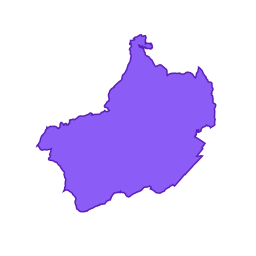 Bodoc, Covasna, Romania (Mercator projection), rotated 286°
{"feature_id": "2599482B10512922850096", "entity_name": "Bodoc", "entity_type": "district", "adm_level": 2, "iso_a3": "ROU", "parent_name": "Romania", "parent_adm1": "Covasna", "projection": "mercator", "projection_center": [25.837, 45.981], "detail": "fine", "context": "isolated", "style": "filled", "palette": "violet", "viewbox_px": 256, "rotation_deg": 286, "n_neighbors": 0, "source": "geoboundaries", "source_scale": "gbopen_adm2", "svg_char_len": 5792}
<svg xmlns="http://www.w3.org/2000/svg" viewBox="0 0 256 256"><g transform="rotate(286 128 128)"><path d="M221.5,119.3L220.9,117.8L219.9,116.4L220.5,115.5L221.2,115.3L220.7,113.8L218.0,111.4L217.2,109.8L216.5,109.2L215.5,108.8L215.4,109.7L214.9,110.0L214.1,109.4L213.0,107.0L212.9,106.3L211.0,106.7L210.5,106.4L209.5,106.5L210.0,107.2L210.0,107.7L209.4,107.7L208.8,107.3L208.5,108.2L207.1,108.9L205.3,107.9L204.1,107.7L203.7,107.8L203.5,108.3L202.6,109.1L199.8,109.8L199.0,110.9L196.6,111.4L195.3,111.3L194.2,111.6L192.6,111.7L188.7,110.7L184.9,110.7L181.2,110.1L179.7,109.7L177.6,108.4L176.3,108.2L173.2,108.6L172.0,108.3L169.8,106.5L165.1,103.7L162.8,102.7L162.8,102.9L161.4,101.5L159.1,100.4L158.1,100.2L157.5,100.4L155.9,100.2L155.6,100.0L154.5,100.1L153.4,100.4L151.7,101.4L149.2,102.3L147.4,100.7L145.3,100.2L143.1,99.2L141.7,99.7L141.6,101.1L141.7,102.7L140.7,103.5L139.6,105.2L138.3,103.9L137.7,102.8L137.9,102.1L137.9,101.5L138.4,100.9L138.4,100.7L136.9,100.1L135.7,98.2L135.0,97.8L134.2,97.9L133.3,96.6L131.8,92.0L130.5,89.7L130.6,89.3L131.4,89.7L131.8,89.6L132.1,88.3L132.0,87.5L130.1,86.1L128.9,84.4L127.5,82.8L127.1,81.8L126.4,79.0L125.5,77.4L123.7,76.4L121.5,74.5L121.0,73.6L121.4,72.8L119.9,70.7L120.0,70.2L119.5,69.8L118.8,70.0L117.8,70.0L116.8,70.5L116.4,70.5L115.9,69.7L114.7,69.7L113.9,68.6L115.1,67.8L115.3,67.2L115.2,66.9L114.4,66.0L113.0,65.7L113.3,65.1L113.9,64.7L114.9,62.7L114.9,62.1L114.0,61.8L112.6,61.7L111.8,62.3L111.0,62.1L110.5,62.4L110.0,62.3L109.4,61.7L108.8,61.8L108.2,60.6L109.3,59.2L109.4,56.9L108.7,54.9L108.3,54.1L108.2,52.8L105.8,50.8L106.4,49.9L104.5,50.0L103.9,49.6L102.8,49.4L101.3,49.4L100.0,49.0L96.5,47.2L93.5,46.9L91.6,47.1L90.4,47.0L87.4,46.2L86.5,45.6L86.0,45.5L85.5,45.5L85.9,45.9L86.1,46.7L83.4,49.6L83.0,50.8L83.1,51.7L83.8,53.1L84.4,53.9L84.5,56.0L85.6,57.9L86.1,59.1L86.9,60.0L83.5,60.2L80.6,60.0L80.2,61.1L79.6,61.1L77.9,60.9L77.7,60.5L77.1,60.0L75.7,60.5L75.5,62.4L75.9,64.1L75.9,65.5L75.2,67.2L75.4,68.3L75.2,68.5L75.0,69.4L73.6,71.2L72.4,73.4L71.1,74.5L70.6,75.5L70.1,75.8L68.8,77.6L68.5,78.5L67.7,79.1L65.8,79.3L62.7,81.1L62.3,81.8L61.3,82.4L59.0,82.6L56.6,83.1L55.1,84.0L53.7,83.5L51.7,83.9L49.6,83.6L51.4,85.3L51.7,87.9L51.0,89.0L50.6,90.9L50.1,92.2L48.8,93.3L48.2,94.8L46.2,97.2L44.7,97.7L43.2,97.3L42.0,97.6L39.7,98.8L39.2,99.8L37.3,100.3L36.0,101.3L35.6,103.0L35.1,103.4L34.6,104.8L34.7,106.7L35.3,107.8L35.5,109.1L36.0,109.7L36.2,110.3L37.0,110.7L37.0,110.9L36.8,111.3L37.0,111.8L38.4,112.5L39.2,113.4L39.3,113.8L39.7,114.0L40.6,114.9L41.1,115.9L44.4,119.1L44.5,119.4L44.4,119.9L44.8,120.3L45.4,120.6L45.9,122.0L47.0,122.2L47.2,123.3L47.8,123.9L47.7,124.5L48.1,125.0L48.7,126.6L51.3,127.5L51.6,127.9L52.5,128.2L52.8,129.0L53.8,130.0L53.9,130.7L54.7,130.7L55.2,131.0L57.7,131.0L58.1,131.4L60.4,131.9L60.7,132.4L61.3,132.4L61.7,132.7L62.3,134.1L62.9,134.7L62.8,135.0L62.9,135.5L63.7,136.5L63.5,137.1L63.9,137.2L63.8,137.4L63.9,137.8L64.3,138.0L64.1,138.4L64.6,138.4L64.2,138.7L64.6,139.8L64.4,140.7L64.6,141.0L64.7,141.9L64.1,143.6L63.2,144.1L62.0,146.0L61.9,147.6L62.8,148.7L65.2,150.3L68.7,154.2L68.9,154.2L69.7,155.7L71.3,157.5L72.5,158.4L75.1,159.5L75.5,160.1L76.8,163.2L78.1,164.9L77.4,166.7L75.6,166.2L75.6,167.2L75.8,167.4L75.4,168.0L75.0,169.7L73.6,172.9L73.8,174.6L74.3,176.8L75.0,177.7L76.3,178.7L76.5,179.3L77.4,180.3L78.9,180.7L79.8,181.3L81.7,183.0L82.3,184.0L83.5,184.4L85.4,186.5L86.0,186.6L85.0,188.7L93.8,192.9L99.1,195.2L98.9,195.7L108.2,200.3L110.5,201.3L113.8,203.2L121.6,207.2L121.3,205.5L120.3,203.7L119.9,201.9L128.7,205.6L129.4,204.5L134.5,206.3L137.3,197.6L137.9,194.6L138.6,195.0L138.9,194.7L139.4,194.6L140.0,194.9L139.9,195.3L140.2,195.5L141.3,195.3L141.7,195.0L142.1,194.9L142.5,195.3L143.2,195.0L143.3,195.4L143.9,194.8L144.7,194.5L144.8,194.5L144.6,195.5L144.7,195.8L145.9,196.1L145.9,196.4L145.5,196.6L143.5,196.5L143.3,196.8L143.5,197.2L145.1,198.9L146.9,198.7L148.7,199.2L149.2,199.6L151.0,202.0L152.4,202.6L152.5,202.9L151.9,203.8L152.4,205.2L151.5,207.0L151.0,207.3L154.2,210.1L154.9,210.5L155.6,210.4L156.6,209.8L157.9,209.7L158.8,209.4L160.4,209.4L160.9,208.8L162.1,208.2L168.3,206.7L169.8,205.8L173.6,206.2L174.0,206.0L174.9,205.6L175.3,204.4L175.4,203.4L175.9,202.7L176.7,202.3L177.3,202.3L180.0,201.5L180.7,200.9L182.0,200.6L182.4,200.3L182.7,199.4L183.0,199.0L184.5,199.1L184.7,198.6L184.9,198.5L188.6,199.1L189.6,198.5L190.8,197.4L194.0,196.4L194.6,195.7L194.8,195.0L194.6,194.1L194.5,192.5L194.6,192.3L196.3,191.2L196.4,190.7L197.5,189.1L198.3,189.2L199.7,187.0L200.8,185.7L203.6,183.4L205.6,180.0L205.9,179.1L202.5,179.6L201.0,179.5L199.8,178.9L198.0,178.9L196.9,179.2L196.1,179.2L194.7,178.7L195.4,178.0L196.0,176.7L197.4,175.4L197.8,174.3L198.3,172.6L198.1,170.0L197.9,169.4L197.4,168.7L196.1,167.7L195.1,166.5L194.8,165.8L194.6,164.9L195.0,162.3L194.0,160.5L193.7,158.3L192.7,155.2L191.4,152.9L189.3,151.3L191.1,150.5L193.9,149.6L194.8,148.9L197.4,143.2L197.7,142.1L197.5,141.2L196.4,139.7L194.9,138.1L194.9,137.3L195.3,136.6L200.0,132.1L200.2,131.4L201.1,129.7L202.1,128.6L202.4,127.7L202.5,125.5L202.8,125.0L204.1,123.9L205.1,123.7L206.2,122.3L208.3,121.4L208.4,120.4L209.1,119.4L209.0,117.6L209.1,116.9L209.5,116.5L210.6,115.4L210.7,115.5L210.8,115.8L210.1,117.3L210.1,117.8L210.2,118.3L210.0,118.6L210.2,119.0L210.2,119.3L211.6,119.3L210.2,119.5L209.7,120.1L209.9,122.0L210.0,122.3L210.5,122.1L210.5,122.8L209.5,123.2L209.4,123.5L209.7,123.9L209.7,124.8L210.2,125.6L210.2,127.9L210.4,128.4L211.6,128.5L211.6,129.0L212.1,128.8L212.4,129.2L212.7,129.1L214.8,127.9L214.8,127.2L214.5,126.9L214.5,126.7L215.0,126.5L215.7,126.9L215.8,126.8L215.8,126.5L215.1,125.6L215.2,125.1L214.9,124.3L214.7,123.1L215.0,121.7L213.7,121.7L214.0,121.3L214.7,121.0L215.2,121.2L217.8,120.4L219.7,120.5L220.0,120.1L220.3,120.1L221.5,119.3Z" fill="#8b5cf6" stroke="#5b21b6" stroke-width="1.5"/></g></svg>